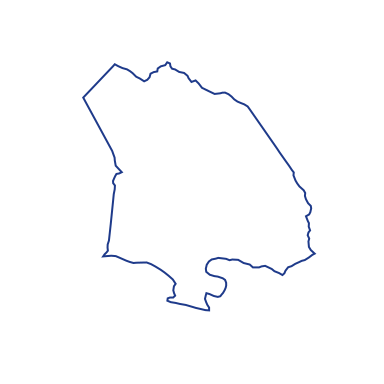 Santa Filomena do Maranhão, Maranhão, Brazil, rotated 113°
{"feature_id": "56859067B3232589496952", "entity_name": "Santa Filomena do Maranhão", "entity_type": "district", "adm_level": 2, "iso_a3": "BRA", "parent_name": "Brazil", "parent_adm1": "Maranhão", "projection": "equal_earth", "projection_center": [-44.593, -5.518], "detail": "fine", "context": "isolated", "style": "outline", "palette": "blue", "viewbox_px": 384, "rotation_deg": 113, "n_neighbors": 0, "source": "geoboundaries", "source_scale": "gbopen_adm2", "svg_char_len": 2385}
<svg xmlns="http://www.w3.org/2000/svg" viewBox="0 0 384 384"><g transform="rotate(113 192 192)"><path d="M230.7,75.2L227.9,75.2L223.7,74.1L221.4,71.4L217.8,68.9L214.9,66.2L212.5,64.1L210.6,61.6L206.6,58.8L202.9,56.7L200.8,55.0L199.0,60.0L196.9,62.9L192.0,65.5L189.1,65.9L186.6,68.6L183.7,69.0L181.2,68.3L178.3,71.0L175.0,72.2L173.5,74.0L169.8,77.6L166.9,75.4L164.4,75.2L160.5,75.9L158.4,77.2L157.0,80.7L155.5,82.6L154.0,84.4L151.5,86.5L148.7,87.4L146.8,89.8L144.9,95.3L143.0,98.5L141.0,101.2L137.0,105.1L134.2,106.0L132.7,108.7L131.3,110.8L129.8,113.1L126.7,118.2L121.3,126.9L118.9,130.5L108.2,147.5L93.0,171.7L91.5,174.2L90.9,178.2L91.0,181.6L91.0,185.5L90.2,189.4L88.7,192.9L87.7,196.6L87.6,200.4L88.7,202.8L90.2,204.7L92.9,209.5L92.6,216.2L92.2,223.5L89.5,228.3L87.9,232.3L90.9,235.5L88.6,239.6L86.8,241.5L85.5,245.8L86.5,250.7L85.8,255.5L86.3,258.5L84.8,260.9L82.3,262.5L82.3,265.5L85.7,266.2L88.5,269.8L91.7,271.8L94.6,271.1L96.6,274.1L99.3,276.4L103.0,275.9L106.2,277.0L108.8,279.3L107.9,284.5L107.7,288.4L105.8,293.1L105.0,296.2L104.5,299.8L105.1,304.4L105.0,309.1L104.6,313.0L107.3,313.9L147.6,329.0L150.4,325.5L185.4,281.5L187.7,279.4L190.6,276.7L193.3,275.3L197.6,272.5L201.2,264.4L203.4,266.3L204.9,268.6L207.2,268.9L209.6,269.0L212.7,269.0L214.7,268.0L216.1,265.5L219.7,264.2L224.5,263.2L230.9,261.2L253.5,254.2L269.1,249.5L273.3,249.1L276.2,248.0L278.9,246.5L281.1,247.1L283.5,248.1L286.0,248.6L282.2,241.4L280.8,237.1L280.8,233.3L280.9,225.6L280.7,221.9L280.2,218.1L278.9,215.7L276.3,210.0L274.6,206.2L274.4,201.5L274.9,196.6L275.8,190.5L276.8,185.9L278.2,180.9L280.0,175.5L282.9,171.2L285.8,171.8L289.8,170.8L292.1,169.0L294.0,167.0L296.5,168.1L297.7,171.0L299.4,172.8L301.7,172.2L301.7,168.5L300.5,163.7L299.8,159.5L298.4,153.6L297.5,146.0L297.2,143.2L296.3,138.2L295.5,133.5L294.3,130.0L291.7,131.1L289.9,133.8L287.8,136.0L285.3,138.3L281.9,138.9L279.5,139.2L279.1,136.0L279.2,131.3L278.5,127.3L276.9,125.2L274.9,124.7L272.8,124.0L269.6,123.6L266.9,123.6L264.7,124.0L262.2,125.1L260.0,127.2L259.4,130.0L259.8,135.2L260.7,138.6L261.2,143.3L259.9,147.7L257.2,149.3L253.2,150.0L249.4,149.3L246.4,147.5L244.0,144.0L242.4,142.1L240.2,134.5L240.1,130.8L238.4,128.5L236.4,123.0L237.2,116.7L236.2,110.5L237.6,106.5L236.4,103.7L235.2,100.8L233.3,98.9L231.4,95.8L231.7,88.5L232.7,85.2L232.6,80.2L233.1,76.3L230.7,75.2Z" fill="none" stroke="#1e3a8a" stroke-width="2"/></g></svg>